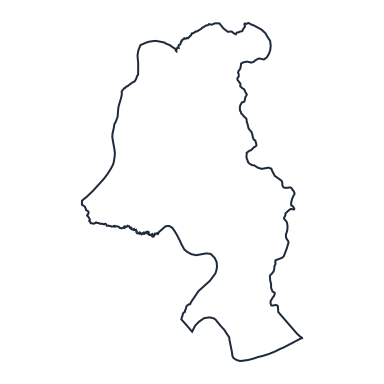 Vangvieng, Vientiane, Laos (Albers equal-area conic projection)
{"feature_id": "54806243B551923777603", "entity_name": "Vangvieng", "entity_type": "district", "adm_level": 2, "iso_a3": "LAO", "parent_name": "Laos", "parent_adm1": "Vientiane", "projection": "albers", "projection_center": [102.424, 18.922], "detail": "fine", "context": "isolated", "style": "outline", "palette": "slate", "viewbox_px": 384, "rotation_deg": 0, "n_neighbors": 0, "source": "geoboundaries", "source_scale": "gbopen_adm2", "svg_char_len": 5952}
<svg xmlns="http://www.w3.org/2000/svg" viewBox="0 0 384 384"><path d="M291.1,202.8L292.2,198.6L293.8,195.1L294.5,194.0L294.5,192.9L293.5,190.9L292.4,189.8L291.6,188.1L290.2,187.4L286.5,187.9L284.5,187.7L283.4,187.2L282.8,186.3L282.4,185.3L282.2,182.0L281.4,180.6L274.8,175.9L272.2,171.0L271.3,168.6L270.7,168.6L269.4,167.9L268.2,167.7L261.5,168.9L260.3,168.4L258.0,167.8L254.3,165.4L252.3,165.2L250.7,164.4L249.1,163.3L247.9,161.9L247.7,160.7L246.8,158.7L246.4,157.0L246.7,154.3L246.6,152.9L249.0,151.0L250.9,150.2L252.3,149.1L253.7,147.4L255.5,146.5L256.3,145.6L256.4,144.5L255.3,140.5L254.2,139.9L253.6,139.3L252.9,137.4L252.3,134.4L251.5,132.0L249.3,129.4L248.5,128.2L247.6,124.3L246.8,121.8L246.4,118.8L245.8,118.0L243.9,116.5L242.9,115.0L241.2,113.4L240.8,111.7L240.1,110.9L239.8,107.7L240.3,105.3L241.9,102.4L243.3,102.1L244.2,101.7L244.7,100.5L245.3,97.3L246.8,94.7L246.4,93.5L245.6,92.7L244.3,89.5L243.4,88.8L242.2,88.2L240.2,86.2L240.5,84.2L240.1,83.3L237.6,80.0L237.3,78.9L237.6,77.8L238.6,76.8L238.8,75.5L238.5,73.5L238.0,72.4L238.8,70.6L240.2,68.8L240.8,66.0L241.1,63.6L243.1,62.4L247.2,61.6L251.1,62.6L253.6,61.9L255.2,60.4L258.1,58.8L259.5,58.5L263.9,59.5L266.7,57.5L268.8,54.1L270.2,50.3L270.7,45.7L270.1,40.8L267.6,37.1L265.4,33.2L261.5,29.6L253.4,25.2L251.5,24.7L250.0,23.7L248.2,23.0L246.5,23.9L245.2,23.5L244.7,23.5L244.5,23.8L244.4,24.6L245.0,26.2L244.9,26.7L242.7,29.8L242.5,30.8L241.7,31.4L239.9,31.5L238.6,32.4L237.0,32.5L236.3,33.2L235.8,34.3L234.0,33.4L232.5,32.3L232.1,31.7L231.2,31.5L227.9,31.8L224.4,29.2L223.0,27.9L219.4,23.4L215.1,23.3L211.6,24.7L209.0,24.1L208.3,24.9L207.4,25.3L206.2,25.4L203.1,27.4L202.3,27.6L201.3,28.7L198.0,30.8L196.4,31.6L195.5,31.5L194.4,32.5L192.7,33.3L191.9,33.3L191.6,33.7L191.5,34.4L191.2,34.8L191.0,35.4L190.2,35.8L189.7,36.6L189.0,37.1L188.2,38.2L187.7,38.3L187.0,37.9L186.3,38.5L185.6,38.7L184.3,38.2L183.8,39.3L182.8,39.5L181.7,40.5L181.7,41.3L181.1,41.6L180.9,41.9L180.6,43.7L180.0,44.6L179.0,44.9L178.7,45.3L178.4,46.6L178.7,47.8L177.7,47.5L177.3,47.7L176.6,49.2L176.4,51.2L175.7,50.5L175.7,49.7L175.3,48.9L174.6,48.3L173.1,47.6L172.2,46.8L171.2,46.3L170.6,45.6L169.5,45.0L165.3,43.3L164.4,42.5L156.1,40.9L153.9,41.0L149.5,41.6L146.4,42.5L140.4,45.1L138.3,50.6L137.5,55.6L138.2,63.5L138.1,74.8L137.0,76.1L136.1,79.0L134.7,81.3L132.0,82.8L129.0,85.0L127.8,86.0L127.2,86.1L126.9,86.5L126.2,86.7L124.9,88.1L124.2,88.2L121.7,91.4L121.8,94.6L121.0,98.3L118.7,105.9L118.2,108.9L117.6,116.8L115.6,122.1L114.4,124.0L113.8,128.0L112.5,133.7L112.3,136.8L112.7,139.7L114.2,148.0L114.9,152.9L114.6,156.8L114.1,160.2L113.5,163.0L113.0,164.7L110.8,168.8L107.4,174.1L105.0,177.4L102.9,179.9L93.1,190.7L86.1,197.4L83.9,199.0L82.0,200.7L81.9,204.4L82.3,205.2L83.7,205.7L84.9,206.8L85.2,207.7L85.7,208.4L86.0,210.0L88.0,211.2L88.5,211.9L88.6,213.0L88.1,214.0L87.5,214.5L87.1,215.5L87.3,215.9L88.0,216.2L88.2,216.6L89.8,219.4L89.9,220.2L89.2,221.0L90.5,222.3L90.5,222.9L90.8,223.2L94.2,223.7L94.8,223.1L95.6,223.0L96.0,222.4L96.3,222.4L97.4,223.0L99.4,223.2L100.2,223.9L102.2,223.7L102.9,224.2L103.7,224.1L104.2,224.3L104.9,223.8L105.5,223.8L106.0,224.2L106.9,225.8L108.5,225.6L109.2,226.0L110.3,225.9L111.8,226.7L112.8,226.4L113.7,226.5L114.0,225.9L114.6,225.8L114.9,226.0L115.2,226.6L116.0,226.2L116.9,226.4L117.7,226.4L119.3,227.2L119.7,227.9L121.0,228.2L122.4,228.2L123.2,227.8L124.5,228.0L124.7,227.7L124.1,226.9L124.3,226.4L124.8,226.4L126.6,226.8L127.0,226.6L127.4,225.8L127.7,225.7L128.4,226.2L129.2,226.3L130.0,228.0L130.3,228.0L130.7,227.5L131.4,227.7L131.5,228.3L131.3,229.0L131.5,229.2L132.5,229.6L133.9,229.1L133.8,229.9L134.0,230.1L135.9,229.8L135.9,230.7L136.8,231.2L136.4,232.3L137.2,233.3L138.8,233.3L139.2,233.7L139.5,233.5L139.3,232.5L139.7,232.3L140.6,233.2L141.4,234.4L141.8,234.1L142.0,233.4L142.3,233.2L143.8,234.0L144.2,233.9L144.3,233.5L143.8,232.9L143.9,232.5L144.7,232.6L145.8,233.2L146.2,232.0L146.5,231.8L147.2,232.2L147.7,233.1L148.3,232.5L148.2,231.8L148.5,231.8L148.7,232.1L148.8,233.5L148.4,234.2L148.7,234.5L149.1,234.7L149.6,234.6L149.7,235.0L150.1,235.1L150.5,234.9L151.9,235.1L152.1,234.7L152.0,234.2L152.3,234.0L153.2,235.1L152.8,235.4L151.9,235.7L152.0,236.2L152.5,236.6L153.5,236.7L153.7,236.4L153.6,235.9L153.7,235.3L153.8,235.1L154.5,235.2L154.7,234.8L154.8,233.7L155.7,233.7L156.9,233.2L157.3,233.4L157.5,234.1L157.8,234.1L158.4,233.1L158.2,232.7L165.5,226.3L169.0,225.9L172.2,227.7L174.7,231.2L177.0,235.1L180.0,240.9L181.5,244.4L184.4,249.6L187.4,252.0L191.4,254.2L196.2,255.2L206.2,253.4L210.7,253.9L214.6,257.8L216.6,262.0L217.0,266.6L216.5,270.0L215.4,273.4L210.0,280.7L198.5,291.1L190.6,302.8L190.5,303.7L190.1,304.2L188.9,304.3L186.6,306.0L186.0,307.7L185.8,309.3L185.0,310.4L185.0,311.8L183.7,312.6L182.8,313.7L182.5,315.9L182.0,316.8L181.3,319.3L187.7,326.5L192.1,331.7L195.1,325.7L199.0,321.7L203.6,318.5L204.6,318.1L207.8,317.6L209.9,317.4L213.9,318.4L215.6,319.7L220.4,325.6L224.7,330.3L225.9,332.5L229.2,337.3L229.4,339.5L232.0,352.4L232.4,355.9L233.1,357.5L234.4,358.7L236.9,360.1L239.9,361.0L242.3,360.8L248.1,360.0L254.1,358.4L258.4,356.9L262.1,356.1L269.1,353.9L274.6,351.7L280.6,348.7L282.2,348.2L300.0,338.9L302.1,338.1L302.0,337.8L300.3,336.7L297.0,333.7L278.3,312.1L277.9,306.6L277.6,305.7L276.0,305.0L272.1,305.6L271.3,305.4L270.9,304.6L270.5,302.9L270.7,301.0L272.8,297.4L274.0,296.0L274.6,294.3L274.8,292.9L274.0,292.3L272.6,291.6L271.4,288.7L271.0,286.9L271.1,284.0L270.2,280.6L269.9,276.2L270.3,275.0L271.4,274.2L273.3,271.8L274.0,270.3L274.4,267.6L274.3,266.5L275.4,264.2L275.5,263.6L275.5,262.8L275.2,262.1L275.5,260.3L282.1,257.8L283.8,256.2L286.6,248.9L288.2,243.7L288.5,242.3L288.4,241.5L286.8,239.1L286.0,237.3L285.9,235.9L285.9,234.6L287.2,230.6L287.4,229.3L287.5,226.4L287.3,224.3L286.9,222.4L286.0,221.0L284.1,218.8L284.0,218.1L285.4,215.2L285.4,213.8L285.9,213.0L288.7,210.4L290.8,208.9L293.6,209.5L294.1,209.4L294.3,208.9L293.6,207.3L292.4,205.9L291.2,205.3L291.1,202.8Z" fill="none" stroke="#1e293b" stroke-width="2"/></svg>